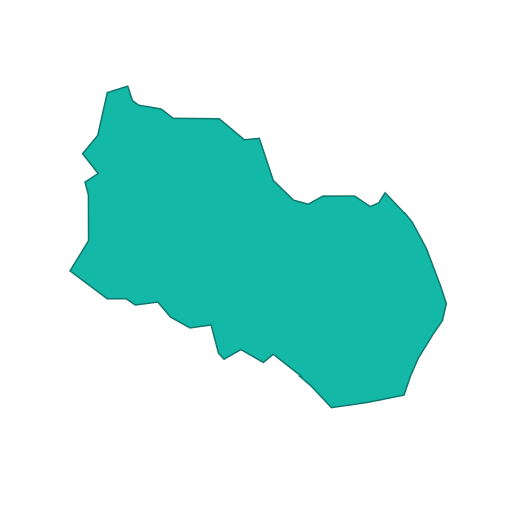 the border of Mid Ulster, rotated 19°
{"feature_id": "GBR-2091", "entity_name": "Mid Ulster", "entity_type": "Province", "adm_level": 1, "iso_a3": "GBR", "parent_name": "United Kingdom", "parent_adm1": "", "projection": "mercator", "projection_center": [-6.696, 54.64], "detail": "fine", "context": "isolated", "style": "filled", "palette": "teal", "viewbox_px": 512, "rotation_deg": 19, "n_neighbors": 0, "source": "natural_earth", "source_scale": "10m", "svg_char_len": 843}
<svg xmlns="http://www.w3.org/2000/svg" viewBox="0 0 512 512"><g transform="rotate(19 256 256)"><path d="M129.3,344.9L85.0,330.6L92.7,296.1L77.7,252.9L70.3,241.8L79.9,229.4L58.7,215.7L67.1,193.6L62.2,149.9L79.4,137.2L88.6,149.3L95.9,151.6L118.5,147.9L132.8,152.8L176.5,138.2L207.2,149.9L220.8,143.7L247.7,178.9L273.3,191.0L288.6,190.0L299.7,177.6L329.8,167.2L347.9,172.1L354.7,165.9L357.5,154.2L381.7,166.8L382.6,167.3L382.7,166.9L392.7,173.2L398.7,178.7L414.8,193.6L440.0,223.9L451.5,239.1L453.3,256.3L448.8,272.7L442.7,299.8L441.2,318.9L441.2,339.3L440.5,339.7L409.9,357.7L379.0,373.6L376.7,374.8L350.4,361.0L336.6,355.5L337.7,354.9L304.4,343.3L297.6,354.3L272.2,349.4L259.4,364.0L252.2,360.1L236.0,335.8L217.0,345.5L195.0,341.6L178.2,331.5L157.9,341.6L147.0,338.7L129.3,344.9Z" fill="#14b8a6" stroke="#0f766e" stroke-width="1.5"/></g></svg>